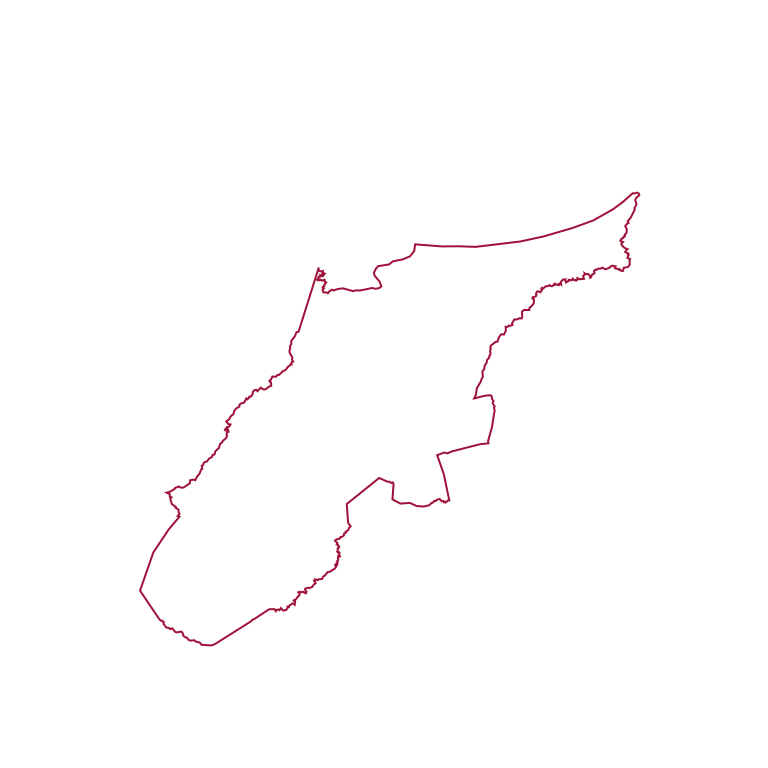 the district of Choma, Southern, Zambia, rotated 236°
{"feature_id": "96606910B73975181244202", "entity_name": "Choma", "entity_type": "district", "adm_level": 2, "iso_a3": "ZMB", "parent_name": "Zambia", "parent_adm1": "Southern", "projection": "natural_earth1", "projection_center": [26.92, -16.86], "detail": "fine", "context": "isolated", "style": "outline", "palette": "rose", "viewbox_px": 768, "rotation_deg": 236, "n_neighbors": 0, "source": "geoboundaries", "source_scale": "gbopen_adm2", "svg_char_len": 6114}
<svg xmlns="http://www.w3.org/2000/svg" viewBox="0 0 768 768"><g transform="rotate(236 384 384)"><path d="M373.3,98.5L349.1,66.2L314.6,66.2L312.4,66.7L311.7,68.0L310.2,67.7L309.6,68.3L308.4,67.1L303.9,67.3L301.5,69.7L300.3,69.6L299.8,71.8L295.2,72.3L294.0,73.2L292.1,77.5L290.0,77.8L287.1,76.9L284.6,77.9L284.0,78.8L281.2,78.9L279.5,80.0L277.6,83.5L276.2,83.6L272.9,86.5L269.6,87.1L263.7,94.9L262.9,98.3L261.6,141.1L262.2,143.0L261.7,144.5L261.5,162.8L258.6,167.3L256.2,167.3L256.9,168.6L255.7,170.8L254.9,171.0L255.9,173.2L252.5,173.7L251.3,176.9L252.3,178.1L252.3,179.9L253.1,179.9L252.4,180.7L253.2,181.6L253.3,184.8L253.1,185.7L250.9,186.5L253.4,188.6L254.9,188.0L255.2,188.6L254.5,189.5L256.3,195.1L256.1,195.6L257.4,196.8L259.2,196.5L258.9,197.9L257.2,199.4L257.2,200.6L254.2,202.1L255.1,203.7L257.5,203.4L258.4,204.3L257.7,207.0L256.6,207.9L255.9,211.1L257.1,213.9L257.0,215.8L259.4,216.5L259.9,216.0L260.8,217.3L258.5,219.5L258.9,220.0L257.0,223.7L258.4,225.8L258.3,228.1L259.6,232.1L258.6,234.2L258.5,239.9L259.2,242.0L261.0,242.2L260.6,243.3L261.1,243.5L260.2,244.0L260.5,244.5L261.4,244.5L262.0,245.8L263.2,245.7L263.7,247.6L266.1,248.9L265.7,250.8L267.1,250.4L267.0,251.4L268.6,252.0L269.0,252.8L269.6,252.7L269.4,251.8L271.3,251.5L272.3,253.0L273.7,253.7L273.6,255.3L274.2,256.0L275.2,255.5L276.8,255.9L277.4,255.1L278.4,256.4L281.5,255.7L281.8,257.6L280.6,260.5L281.5,262.4L280.8,263.4L280.9,266.1L282.3,267.2L282.0,269.2L283.0,269.6L282.8,272.5L284.4,274.8L284.6,276.7L289.1,276.7L305.3,286.0L308.8,327.4L301.0,332.3L299.6,334.2L297.9,334.6L297.4,336.3L295.5,335.8L283.6,326.5L275.7,330.7L271.0,338.9L264.5,342.9L260.2,348.4L258.2,353.8L258.8,356.8L258.3,358.0L259.0,360.2L258.1,361.2L258.4,363.4L257.5,365.9L254.6,366.2L254.0,367.6L252.6,367.5L252.5,368.6L251.4,368.6L251.6,372.2L251.0,373.0L275.6,383.1L295.3,388.3L293.5,395.5L291.0,397.9L290.0,403.1L280.3,430.1L276.4,437.4L278.7,438.6L288.0,449.5L300.3,461.0L302.9,462.0L303.5,463.2L307.5,463.4L308.7,465.3L311.1,465.2L313.7,466.5L315.3,465.8L317.9,461.0L321.6,450.7L323.8,454.3L328.5,458.5L332.1,466.0L333.5,467.5L334.8,470.1L339.3,472.5L340.4,475.5L342.9,477.6L344.1,480.7L346.4,483.1L346.9,485.7L348.4,487.0L349.1,489.0L351.7,490.1L353.6,492.3L354.7,492.3L356.1,494.2L356.5,500.2L355.6,501.8L358.5,505.4L359.7,509.0L357.9,511.1L360.2,515.0L363.4,516.8L362.7,517.7L362.2,519.3L362.7,520.0L361.8,520.7L361.1,523.6L362.6,524.0L364.7,528.1L363.6,529.3L362.6,533.4L361.3,534.8L362.9,536.6L366.5,538.6L367.1,540.1L366.8,541.9L364.1,545.8L365.7,547.0L366.4,551.4L367.4,553.5L370.3,555.7L372.0,554.9L372.7,555.4L371.8,558.9L372.5,560.2L373.9,560.5L375.0,562.6L374.4,563.9L372.6,564.9L373.5,567.3L374.8,567.5L375.4,568.6L374.2,569.3L374.6,572.7L373.2,575.0L373.5,576.5L371.5,577.3L370.9,578.4L371.7,581.5L370.6,581.2L370.3,582.6L368.4,583.8L368.2,584.4L369.1,585.0L368.6,586.2L367.4,586.5L368.5,587.1L369.1,586.6L369.9,588.0L370.5,591.1L369.5,592.6L369.3,591.5L368.9,592.7L366.5,591.6L366.2,594.8L367.0,595.5L365.1,597.3L365.8,599.4L364.1,599.5L363.0,600.5L363.1,601.4L362.3,601.4L362.3,602.7L363.6,603.7L361.4,604.8L359.4,608.6L362.1,609.4L362.7,612.1L363.5,612.3L362.0,612.9L361.1,614.8L358.2,615.1L356.8,614.4L356.8,615.5L358.3,617.4L358.1,620.5L360.3,621.4L360.6,623.3L359.7,624.0L360.0,625.6L358.4,628.3L358.5,630.0L355.3,631.6L354.3,636.0L354.8,637.2L354.2,639.9L353.3,640.0L352.2,641.8L350.7,640.3L348.8,642.1L347.6,642.4L347.3,643.7L346.0,643.5L344.5,644.5L344.1,645.5L346.3,647.7L344.6,651.6L344.9,652.9L345.8,654.8L348.5,656.2L350.0,657.9L352.4,656.3L354.0,658.8L354.7,658.5L355.4,659.6L358.6,657.8L359.5,659.7L359.6,661.3L362.4,659.5L365.0,658.9L367.0,658.8L367.9,659.7L368.1,661.5L370.4,660.0L370.9,660.4L371.5,661.5L371.4,664.0L372.0,664.6L371.5,665.6L372.1,666.7L373.1,666.8L373.7,669.6L376.6,671.9L380.0,672.2L380.9,674.9L380.7,676.7L382.5,676.9L383.9,681.4L388.5,689.6L389.8,689.9L391.7,693.8L396.1,695.2L397.3,697.1L397.8,701.3L399.4,701.8L401.2,700.7L401.9,698.1L403.1,696.8L401.3,683.6L400.8,671.4L402.6,648.8L407.9,627.6L417.1,598.8L426.1,576.3L446.6,536.4L456.1,523.4L466.0,508.5L482.4,487.9L477.4,483.5L475.3,477.0L476.9,469.0L480.7,460.1L480.3,455.1L485.0,444.9L484.1,441.7L481.8,437.8L479.0,436.8L471.4,437.6L466.3,436.3L466.2,433.9L467.6,430.2L470.1,428.1L475.0,416.2L477.2,413.4L478.4,410.2L486.3,403.4L488.5,399.0L489.9,394.3L491.3,393.6L491.4,390.7L490.6,388.3L492.0,387.5L494.0,385.0L496.4,385.7L497.0,387.8L498.2,387.2L498.8,387.7L498.8,389.6L499.6,389.8L500.5,392.8L501.4,392.3L503.7,393.0L504.2,390.5L505.3,390.2L506.9,387.2L507.9,386.8L507.7,388.1L508.9,389.0L508.3,390.2L509.4,390.5L508.8,392.0L509.7,392.2L507.6,393.5L507.9,394.6L509.2,393.9L509.7,394.3L508.5,395.4L508.7,396.6L510.7,395.3L511.8,396.5L512.1,395.3L514.6,393.0L517.1,395.1L475.1,342.4L475.9,340.5L473.3,336.5L471.6,331.2L468.9,329.4L467.6,326.8L466.1,326.4L464.8,324.5L462.5,323.2L457.2,322.9L455.5,321.3L453.5,321.3L453.9,320.6L453.5,319.3L452.0,318.5L452.5,317.5L451.9,317.2L452.2,314.9L450.6,310.0L451.2,307.6L450.2,302.3L451.1,300.5L450.4,298.5L452.6,295.6L450.8,292.6L450.8,290.8L449.7,290.5L448.6,291.2L445.5,289.5L446.1,287.8L445.9,282.5L447.0,280.9L449.9,279.8L448.7,275.1L450.7,274.8L451.4,273.0L450.6,270.6L448.9,269.2L448.0,266.6L448.8,265.2L448.1,264.6L447.7,262.1L449.0,261.8L446.8,257.8L447.9,253.8L447.4,252.2L446.3,251.7L446.1,251.0L446.4,247.7L445.2,244.4L443.2,242.4L442.9,238.7L441.3,235.9L441.2,232.4L438.0,232.5L436.3,234.1L435.3,231.9L436.0,229.9L435.0,226.4L434.5,226.4L434.5,229.2L432.0,228.8L431.3,228.3L432.3,227.1L429.9,225.1L428.9,225.0L427.5,222.9L426.9,218.3L426.1,217.3L426.1,214.8L423.3,211.4L422.6,206.7L420.4,204.1L421.0,202.0L419.7,200.7L420.0,197.2L418.8,193.9L419.5,191.9L419.3,190.2L418.0,188.9L418.2,187.2L415.4,186.0L415.5,184.9L412.8,180.8L411.7,177.1L409.8,173.7L411.2,172.7L412.6,169.4L410.3,167.7L410.2,160.0L411.7,157.6L413.7,156.7L414.6,152.8L414.1,152.0L414.4,146.0L415.5,143.1L412.4,144.8L410.4,143.4L408.9,144.4L408.6,142.8L403.3,141.0L398.5,142.7L398.0,142.0L394.8,143.4L392.6,142.0L390.4,141.7L390.0,139.1L388.3,140.1L383.9,124.4L373.3,98.5Z" fill="none" stroke="#9f1239" stroke-width="2"/></g></svg>